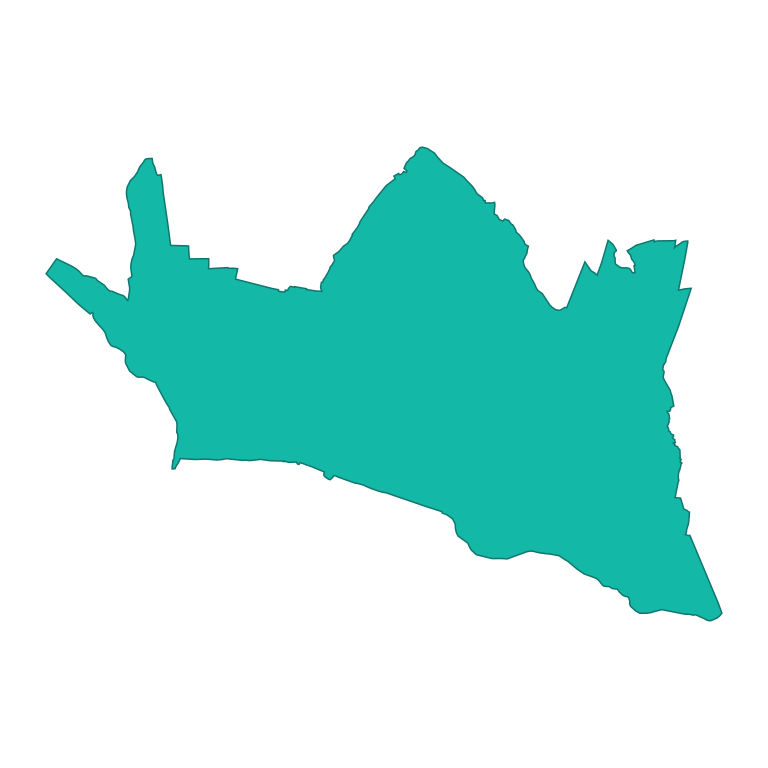 the district of Vulturesti, Suceava, Romania
{"feature_id": "2599482B79576110645349", "entity_name": "Vulturesti", "entity_type": "district", "adm_level": 2, "iso_a3": "ROU", "parent_name": "Romania", "parent_adm1": "Suceava", "projection": "mercator", "projection_center": [26.409, 47.519], "detail": "fine", "context": "isolated", "style": "filled", "palette": "teal", "viewbox_px": 768, "rotation_deg": 0, "n_neighbors": 0, "source": "geoboundaries", "source_scale": "gbopen_adm2", "svg_char_len": 6106}
<svg xmlns="http://www.w3.org/2000/svg" viewBox="0 0 768 768"><path d="M695.4,614.7L705.7,619.3L706.7,620.1L709.5,620.8L711.2,620.5L717.1,618.0L719.6,616.0L721.9,613.2L718.4,603.5L689.9,535.4L688.2,535.5L685.3,534.6L686.4,532.6L686.6,529.8L688.4,524.0L688.8,520.9L689.5,512.2L689.0,512.2L686.8,510.3L683.8,509.0L680.6,498.1L675.1,497.6L678.2,482.1L678.8,480.8L678.3,477.4L678.4,474.1L679.3,470.5L679.8,470.1L679.7,469.5L680.0,468.9L680.9,465.3L681.0,464.1L681.8,463.3L681.7,462.7L680.4,462.2L680.3,460.8L681.1,459.9L681.0,459.2L679.7,458.3L680.2,457.4L679.9,449.9L678.3,448.2L677.6,446.7L674.8,445.8L674.6,445.3L675.0,444.3L673.3,443.1L675.0,442.6L675.3,442.2L674.7,440.8L674.9,439.8L672.4,437.9L673.5,436.5L673.5,435.0L671.1,434.0L670.0,431.6L668.9,431.1L668.4,428.3L667.8,427.0L667.1,426.3L668.0,424.9L669.0,422.0L669.2,421.3L668.8,420.3L669.7,418.7L669.2,417.3L669.3,416.2L668.8,413.9L667.5,412.6L667.1,411.2L669.0,411.4L669.9,411.1L670.6,409.4L670.8,407.5L673.7,406.2L673.8,405.8L672.0,396.0L670.9,393.2L670.3,390.5L664.3,380.1L663.1,377.1L664.1,372.3L663.9,371.0L662.7,369.7L663.6,364.6L663.9,364.7L665.8,361.6L666.1,358.6L678.6,326.3L691.2,288.3L686.0,288.7L678.5,290.1L684.9,258.7L687.8,242.3L687.7,241.0L684.6,241.3L682.1,242.1L678.4,244.9L676.2,246.0L674.6,247.7L675.7,240.3L674.2,240.7L658.4,240.9L654.8,241.3L654.4,241.7L654.0,239.9L635.8,245.4L630.9,248.7L627.2,250.8L628.4,252.8L630.6,255.3L631.5,258.8L634.3,262.6L635.2,265.4L634.0,265.8L635.1,272.5L634.1,273.0L632.2,272.5L630.3,269.3L629.5,268.5L626.7,267.8L622.2,267.8L620.1,267.3L615.9,264.3L615.4,263.6L615.1,261.7L615.1,257.9L614.0,256.1L614.3,252.5L616.0,251.2L616.3,250.6L616.2,249.9L613.5,245.2L612.3,243.8L608.1,240.3L601.7,262.4L597.1,275.1L594.8,273.0L591.1,270.8L584.9,261.9L566.7,307.7L564.9,307.4L560.7,309.9L559.5,310.3L556.1,309.9L552.2,307.4L549.7,304.9L542.3,293.6L537.9,290.5L536.4,288.3L534.4,283.6L531.3,278.2L530.4,275.4L529.3,273.1L528.0,271.2L524.8,267.3L523.8,264.4L523.3,262.1L523.2,260.2L524.6,258.3L525.2,256.5L526.9,253.3L527.4,249.7L528.4,246.1L526.5,245.3L524.8,243.8L524.2,241.6L521.8,238.1L519.2,234.7L517.0,232.9L516.1,231.8L515.6,229.6L513.0,225.1L511.2,224.0L509.0,220.8L508.3,220.2L507.4,220.4L506.4,219.6L504.5,219.1L503.2,220.8L501.9,220.7L499.3,219.5L497.1,215.5L494.1,213.9L494.9,205.1L494.6,202.4L491.7,203.0L485.3,202.9L485.1,200.5L483.5,200.3L482.6,197.9L477.4,193.9L476.5,193.0L474.6,189.4L472.1,186.0L466.3,180.1L464.0,177.3L450.5,167.9L443.0,163.1L437.7,157.3L434.4,153.0L427.3,148.5L422.6,147.2L420.0,147.6L418.1,150.0L416.4,151.2L415.8,151.9L415.3,153.9L414.5,155.5L413.2,156.7L410.4,158.3L409.3,159.5L408.5,160.9L407.6,161.5L406.2,163.3L404.0,168.4L406.9,170.9L406.2,172.5L403.7,171.5L402.4,173.4L401.2,174.3L399.4,174.7L398.6,173.4L393.9,176.1L395.3,178.7L386.2,185.6L376.1,198.1L374.0,201.2L369.2,206.6L368.5,208.9L360.1,221.6L359.4,223.8L357.7,227.0L352.1,234.5L352.6,235.5L352.0,235.9L349.7,240.5L347.2,243.7L343.7,246.0L338.9,251.5L333.5,255.3L333.6,257.0L334.4,259.7L334.3,261.0L331.8,265.2L330.2,267.0L329.7,268.9L328.0,272.5L324.8,278.0L323.6,279.4L323.0,280.8L322.7,282.2L321.4,282.3L320.6,287.1L320.7,288.4L322.0,291.3L316.1,291.0L306.3,289.5L306.4,288.7L294.7,286.7L294.6,287.2L290.4,286.4L288.7,288.2L287.6,290.4L285.3,290.1L284.9,292.0L278.6,291.4L278.5,289.7L272.6,288.6L235.5,279.1L237.7,268.7L234.5,268.3L228.2,268.3L227.9,267.6L208.5,268.7L208.8,265.0L208.7,258.7L189.5,258.9L189.0,254.5L188.5,245.9L170.6,245.4L167.7,223.2L163.2,192.4L162.8,187.1L161.3,176.2L160.9,174.6L157.6,175.4L156.9,174.3L156.1,172.5L154.6,166.8L153.1,164.1L152.7,162.8L152.2,158.5L149.6,158.5L146.8,158.7L145.5,159.2L144.7,160.0L143.2,162.5L139.7,167.0L137.5,172.0L134.5,176.5L130.4,180.5L127.3,186.8L126.7,189.4L126.4,193.0L126.8,197.3L128.4,203.5L128.7,207.3L130.5,211.0L130.7,214.7L133.0,226.3L133.5,230.7L135.2,240.0L135.7,244.3L133.6,255.2L132.1,258.9L131.0,263.8L130.7,267.5L131.9,275.7L131.2,277.3L130.5,277.5L128.2,279.2L129.6,287.6L129.6,290.0L128.5,297.7L127.8,300.5L127.2,300.3L125.3,297.5L123.5,295.7L118.6,294.1L111.9,291.2L110.6,291.2L109.0,290.4L107.5,289.2L104.3,285.2L97.3,280.5L96.2,278.9L95.1,278.1L86.4,275.8L84.5,276.0L84.2,275.7L82.8,275.5L79.4,271.6L76.6,269.2L74.4,267.8L71.2,265.9L56.6,258.8L46.1,273.7L49.7,277.4L67.2,293.5L78.5,304.3L90.1,314.0L91.4,313.1L92.7,312.6L93.2,314.2L92.8,315.0L92.9,315.7L93.6,318.2L94.5,319.3L94.9,320.4L99.2,325.5L103.1,329.7L105.1,332.7L107.0,338.5L108.6,342.0L110.9,345.4L112.7,346.4L116.1,347.3L119.5,349.0L123.5,351.8L125.0,353.6L125.8,355.1L125.3,360.2L125.4,362.0L125.9,363.9L129.7,371.1L136.5,376.6L138.2,377.2L143.8,377.2L149.5,380.1L153.9,382.0L155.5,382.3L156.9,385.5L163.0,397.1L166.7,403.7L169.1,407.2L169.6,409.2L176.8,422.1L177.0,426.0L176.7,431.9L176.7,432.5L177.6,433.9L177.9,436.2L177.6,440.0L177.1,442.6L174.5,451.4L174.0,458.6L172.8,460.6L172.8,461.9L172.1,467.0L172.2,469.0L175.1,468.7L175.8,466.6L178.4,462.7L180.4,458.6L194.9,459.5L205.7,459.1L216.9,460.0L221.8,459.6L226.5,458.7L242.8,460.4L245.3,460.2L249.7,460.6L260.8,459.4L269.9,460.7L283.0,461.1L283.1,461.5L283.9,461.7L284.2,461.2L289.1,462.4L296.4,462.0L297.3,463.8L298.5,464.4L299.1,464.3L300.0,462.7L300.5,462.7L312.2,466.9L324.3,472.0L323.8,474.7L324.3,476.2L327.8,478.8L329.7,479.7L330.4,479.6L332.6,477.5L333.7,475.6L335.9,476.0L337.9,477.0L355.0,483.1L357.4,483.4L362.6,484.8L370.9,488.4L377.9,490.9L383.2,492.4L385.8,492.7L426.2,506.6L441.9,511.6L441.9,512.4L442.5,513.2L446.5,514.6L452.5,518.8L454.8,523.1L455.3,525.0L455.4,528.2L456.3,532.5L457.7,535.4L458.2,536.2L467.4,542.8L468.1,543.7L469.6,547.2L471.2,549.9L476.3,554.7L492.2,558.6L501.2,558.5L507.2,558.9L526.6,551.8L529.9,551.1L532.8,551.2L539.7,552.9L551.6,554.3L559.0,555.7L565.8,560.2L566.8,560.5L577.6,569.5L584.3,574.0L595.1,577.9L598.0,579.5L602.7,585.4L604.2,586.2L609.6,586.7L611.4,588.1L612.9,588.7L617.2,589.1L619.1,591.7L622.6,595.2L625.3,596.4L627.2,596.7L628.6,597.5L629.7,600.9L629.7,604.0L630.5,606.3L635.9,611.1L640.1,613.3L647.3,613.2L650.5,612.7L659.7,610.1L662.0,609.7L684.5,614.1L690.0,614.4L693.5,615.2L695.4,614.7Z" fill="#14b8a6" stroke="#0f766e" stroke-width="1.5"/></svg>